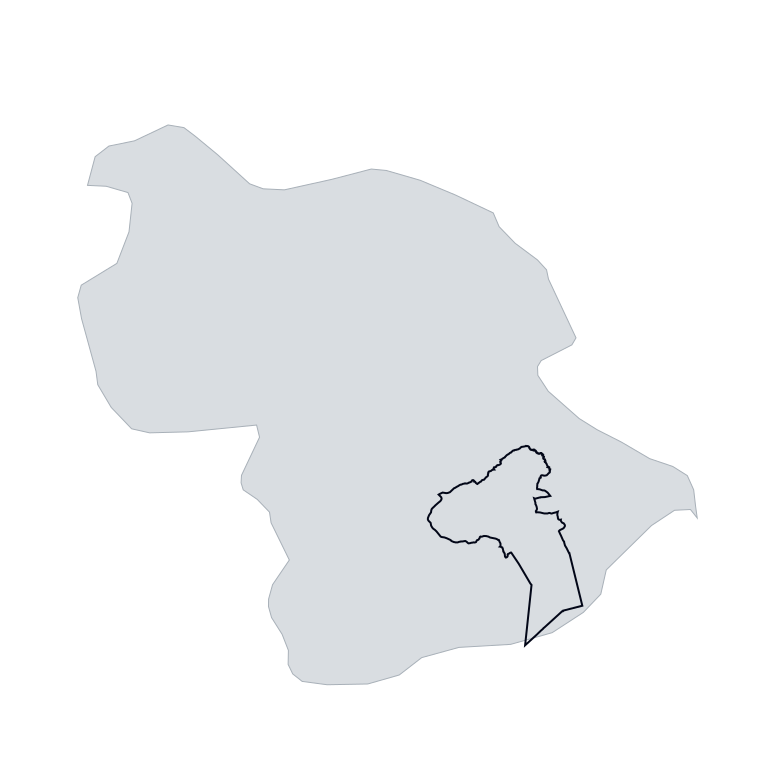 Gatsibo, Eastern, Rwanda (highlighted), rotated 80°
{"feature_id": "39286606B53863210323147", "entity_name": "Gatsibo", "entity_type": "district", "adm_level": 2, "iso_a3": "RWA", "parent_name": "Rwanda", "parent_adm1": "Eastern", "projection": "robinson", "projection_center": [30.287, -1.667], "detail": "fine", "context": "in_parent", "style": "outline", "palette": "ink", "viewbox_px": 768, "rotation_deg": 80, "n_neighbors": 0, "source": "geoboundaries", "source_scale": "gbopen_adm2", "svg_char_len": 6930}
<svg xmlns="http://www.w3.org/2000/svg" viewBox="0 0 768 768"><g transform="rotate(80 384 384)"><path d="M299.8,204.1L309.3,203.8L371.9,186.9L378.1,192.2L388.2,225.1L393.5,229.8L402.2,231.0L419.7,223.5L451.9,197.8L466.0,182.1L482.5,160.2L503.6,135.4L515.4,113.9L526.9,101.2L542.0,97.4L558.7,98.4L570.4,98.8L560.8,104.0L558.8,119.8L569.8,145.1L605.7,197.4L628.6,207.0L643.5,227.3L658.1,261.6L662.4,304.5L656.4,356.0L660.0,394.4L673.2,419.5L676.6,452.1L670.3,492.2L662.7,516.2L653.7,524.2L643.5,527.1L629.7,524.4L612.8,527.8L594.5,535.3L583.0,536.4L575.8,535.0L562.3,528.6L540.9,507.8L501.1,519.3L490.3,519.0L475.6,528.9L463.8,541.0L456.5,541.9L449.2,540.2L414.8,515.8L402.3,516.6L397.1,585.2L391.4,623.3L384.3,640.3L359.7,656.7L335.0,666.0L321.5,665.4L267.1,670.5L245.8,670.6L234.1,665.0L218.8,626.1L189.9,608.7L162.3,600.7L151.0,602.9L141.0,623.3L136.9,641.5L110.0,629.0L101.9,613.6L101.2,587.5L91.4,551.7L96.8,536.5L107.4,526.7L129.6,507.8L163.5,481.6L170.8,469.1L175.5,448.4L173.4,400.0L170.1,359.2L174.1,344.7L189.6,313.1L210.3,280.8L234.5,246.7L249.1,243.3L268.2,230.4L288.5,211.3L299.8,204.1Z" fill="#d9dde1" stroke="#a8b0b8" stroke-width="1"/><path d="M502.4,349.4L504.7,347.8L505.5,347.3L506.3,347.2L506.9,347.2L507.8,347.6L508.7,348.4L509.2,349.0L510.3,351.0L512.8,355.1L513.0,355.2L514.4,357.4L515.3,358.6L515.9,359.0L516.7,359.4L518.6,360.0L521.0,362.4L523.6,364.0L524.8,364.3L525.3,364.3L526.6,363.8L528.8,362.2L531.5,362.2L532.5,361.9L534.0,361.3L535.1,360.6L536.5,359.2L538.3,357.9L544.1,354.7L544.7,353.8L545.6,351.1L546.8,349.0L549.1,345.7L549.5,345.3L550.3,344.9L551.8,342.6L552.0,341.9L552.4,341.1L552.7,339.5L552.8,338.9L552.5,337.5L552.5,335.8L552.4,335.6L552.7,334.2L552.7,331.3L553.0,330.8L553.9,329.9L554.4,329.5L554.8,329.3L555.6,328.5L555.7,326.7L555.5,325.7L555.6,324.3L555.5,323.4L555.8,322.6L555.8,321.4L555.6,320.8L554.1,319.7L553.9,319.2L553.8,318.1L552.9,317.2L552.7,316.8L551.4,316.2L551.0,315.5L551.2,315.2L551.3,314.5L551.3,313.8L551.0,311.9L551.3,310.9L551.4,310.0L551.5,309.8L552.4,307.7L553.6,306.2L555.7,300.8L556.8,299.2L557.2,299.0L557.4,298.6L557.5,298.0L558.1,297.8L559.1,297.7L561.2,297.0L563.4,297.3L563.9,297.6L564.2,298.0L564.3,297.6L564.5,297.6L564.7,297.0L565.4,296.4L565.5,295.9L566.1,295.8L566.5,295.6L568.0,295.6L569.4,295.4L569.8,295.6L570.3,295.2L571.2,295.0L571.7,294.6L575.0,294.8L575.3,294.5L575.7,294.4L576.1,294.1L575.9,293.1L575.5,292.5L574.7,292.0L573.5,291.9L573.0,291.5L572.7,290.2L572.3,289.5L572.0,288.3L572.1,288.0L584.5,282.5L605.9,274.5L607.5,273.6L665.8,290.4L657.7,277.6L654.2,272.4L652.7,269.9L652.0,269.2L651.8,268.6L651.4,268.0L638.8,248.1L638.9,247.8L638.9,247.3L638.6,246.8L638.3,246.8L636.8,227.2L582.8,230.8L582.8,231.1L577.3,232.7L574.5,233.8L571.2,234.1L570.5,234.0L569.2,234.8L563.8,236.1L562.2,236.6L559.3,237.3L558.6,236.5L558.4,236.1L557.5,232.9L556.7,231.6L555.3,230.5L554.8,230.4L553.9,230.5L552.3,231.3L551.7,232.4L551.1,232.9L550.0,233.4L549.3,233.6L548.8,233.6L548.3,233.4L548.3,234.5L548.1,234.9L547.9,235.3L547.4,235.8L546.2,236.0L544.8,235.9L543.1,236.1L540.9,235.5L539.9,235.0L540.3,237.1L540.4,239.3L540.7,241.3L540.5,242.0L540.0,242.8L539.7,243.5L539.7,244.2L539.9,245.5L539.4,248.4L538.9,249.7L537.6,252.6L536.9,255.5L536.9,256.4L536.3,256.6L535.5,256.5L535.2,256.1L534.2,255.3L533.5,255.0L532.9,255.0L531.6,255.0L529.7,255.3L528.8,255.7L528.2,255.7L527.4,255.5L522.6,256.0L523.2,255.1L523.2,254.8L522.8,250.5L522.9,249.7L522.7,249.5L523.3,245.2L523.1,239.7L519.4,241.7L517.3,243.7L516.7,244.5L516.3,246.3L514.8,248.9L514.2,250.8L514.1,251.4L513.2,251.4L512.7,251.3L511.7,250.9L511.1,250.9L509.9,250.5L509.2,250.4L508.7,250.2L508.2,249.6L506.8,248.6L505.8,248.2L505.3,247.8L504.8,247.7L503.8,247.2L503.5,245.9L503.3,245.8L502.3,245.9L501.6,245.3L501.3,244.9L501.3,244.4L501.4,243.9L501.8,242.8L502.1,242.3L502.2,240.6L502.1,239.6L501.2,238.3L500.6,237.6L499.9,236.2L499.5,236.2L499.2,235.9L498.4,235.7L498.1,236.0L497.8,235.9L497.3,235.5L497.2,235.2L496.9,235.1L496.7,235.5L496.6,235.9L496.0,235.8L495.8,236.0L495.5,236.0L495.1,235.8L494.8,236.1L494.5,236.2L494.4,236.1L494.2,236.4L494.3,236.7L494.4,237.3L494.3,237.5L493.6,237.0L493.2,237.1L492.9,237.3L491.6,237.7L490.6,237.8L490.3,238.1L490.1,238.2L489.4,238.3L488.9,239.1L488.3,239.3L488.2,239.3L488.0,239.1L487.7,238.4L487.2,238.6L486.9,238.5L486.7,238.6L486.4,238.6L486.4,238.9L486.2,239.1L485.8,239.3L485.5,239.8L485.3,240.0L485.1,240.0L484.6,240.1L484.5,239.7L484.3,239.7L483.8,239.2L483.5,239.3L483.3,239.2L483.1,239.6L482.4,239.7L482.1,240.3L481.8,240.5L481.7,240.4L481.7,240.5L481.4,240.5L481.5,240.3L481.5,240.2L481.1,240.1L480.9,240.3L480.9,240.2L480.7,240.2L480.3,240.2L480.2,240.4L480.3,240.5L479.7,240.9L479.7,240.7L479.3,241.0L479.1,242.0L479.6,242.8L479.5,243.0L479.7,243.5L479.4,244.1L479.2,244.1L479.1,244.4L478.9,244.6L478.8,245.1L478.4,245.4L478.2,245.7L477.9,245.9L477.7,245.8L477.2,246.0L477.2,245.9L476.9,246.2L476.3,246.0L476.1,246.1L475.9,246.8L475.8,246.6L475.3,247.1L475.1,247.0L474.9,247.1L474.7,247.4L474.5,248.2L474.7,248.8L474.6,249.0L474.8,249.4L474.6,250.0L474.4,250.0L474.2,250.3L474.1,251.1L473.6,251.4L473.3,251.4L472.8,251.8L472.5,251.8L472.1,251.9L471.9,251.8L471.6,251.9L471.6,252.1L471.4,252.1L470.9,252.2L470.4,252.9L470.1,253.1L470.0,254.0L469.9,254.1L469.9,254.6L469.6,255.0L469.9,255.9L469.9,258.6L469.8,259.3L470.0,259.6L470.1,260.2L471.1,261.5L471.2,262.1L471.5,262.7L471.7,263.6L471.6,264.4L471.8,264.9L471.7,266.4L471.8,267.0L472.1,267.5L471.9,267.9L472.0,268.5L472.5,269.4L472.7,269.5L473.1,270.4L473.6,270.9L473.7,271.9L474.8,273.6L474.9,274.4L475.5,275.6L475.8,276.1L476.3,276.6L476.7,277.4L477.0,277.5L477.4,278.0L477.6,279.2L478.1,280.0L478.2,280.5L478.4,280.7L478.7,281.3L478.8,282.1L479.4,281.6L479.7,281.7L480.0,282.4L480.0,282.5L480.5,282.6L480.9,283.1L481.3,283.0L482.2,282.6L482.8,282.8L483.4,283.7L483.6,284.5L483.7,285.0L483.8,285.5L483.6,286.1L483.6,286.3L483.9,286.8L483.9,287.1L484.3,287.6L484.7,287.7L485.0,288.3L485.1,288.2L485.2,288.3L485.2,288.8L485.1,289.1L485.2,289.3L485.5,289.6L485.5,289.9L485.3,290.2L486.3,290.9L486.9,290.7L487.4,290.4L487.3,291.5L487.5,292.6L488.3,294.0L488.3,294.9L488.4,295.9L488.7,296.3L489.1,296.4L489.3,296.7L489.9,296.7L490.9,297.4L491.7,297.3L492.8,298.0L493.8,300.1L494.4,300.6L495.3,301.8L495.7,302.3L495.6,302.8L495.7,304.0L496.0,304.5L496.9,305.4L497.1,306.4L497.9,307.9L497.9,308.2L498.2,308.5L498.5,309.1L498.7,309.4L498.6,309.6L497.3,310.8L496.3,311.1L496.0,311.7L495.9,311.5L494.3,312.6L494.1,313.0L494.1,313.8L494.5,314.1L494.7,314.5L495.2,314.8L495.6,315.7L495.7,316.4L495.9,316.9L495.8,317.3L495.9,317.5L496.4,319.0L496.4,319.7L496.2,320.9L495.9,321.4L496.1,322.7L496.0,323.4L496.2,324.1L496.5,325.3L496.4,325.9L496.7,327.2L497.4,328.6L497.5,329.1L497.7,329.5L497.8,330.1L498.2,330.9L498.3,331.4L498.6,331.9L498.7,332.4L498.7,332.8L498.9,333.2L502.0,337.9L502.4,340.2L502.3,341.7L501.1,345.1L501.9,348.1L502.4,349.4Z" fill="none" stroke="#020617" stroke-width="2"/></g></svg>